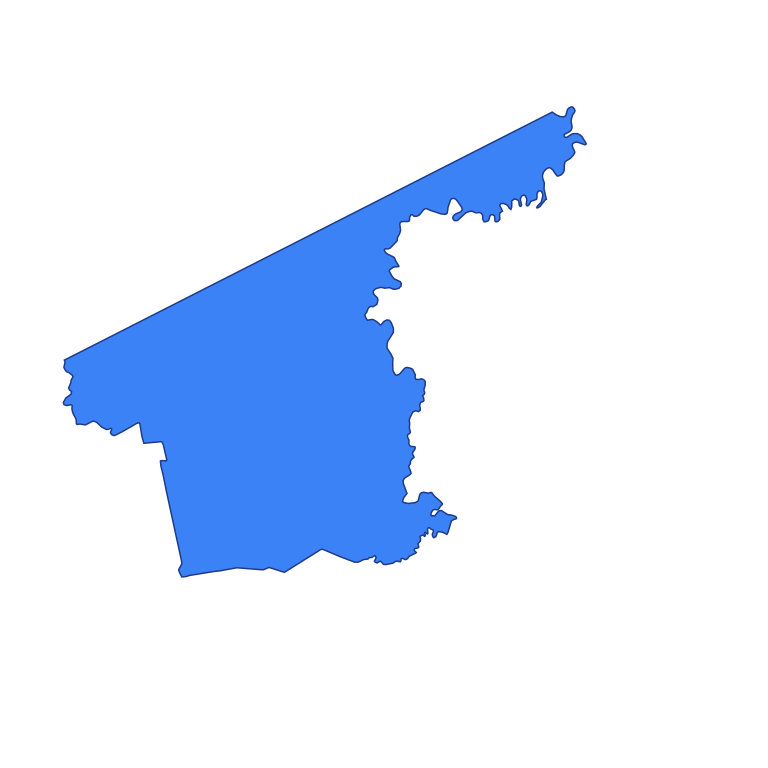 Ixcán, Quiché, Guatemala, rotated 333°
{"feature_id": "79465075B29604867633206", "entity_name": "Ixcán", "entity_type": "district", "adm_level": 2, "iso_a3": "GTM", "parent_name": "Guatemala", "parent_adm1": "Quiché", "projection": "mercator", "projection_center": [-90.715, 15.881], "detail": "fine", "context": "isolated", "style": "filled", "palette": "blue", "viewbox_px": 768, "rotation_deg": 333, "n_neighbors": 0, "source": "geoboundaries", "source_scale": "gbopen_adm2", "svg_char_len": 6155}
<svg xmlns="http://www.w3.org/2000/svg" viewBox="0 0 768 768"><g transform="rotate(333 384 384)"><path d="M122.3,452.4L116.8,456.2L116.3,458.1L116.2,464.1L120.2,465.7L123.8,466.3L147.2,473.8L153.0,476.0L169.4,480.9L190.6,493.9L192.4,494.8L198.2,495.2L209.8,506.6L252.3,502.8L253.4,503.0L254.5,503.6L266.6,518.0L277.0,529.5L280.5,531.1L286.4,531.2L290.2,532.7L292.3,532.0L294.7,533.2L296.3,532.7L298.1,532.9L298.3,534.7L297.4,535.8L295.4,537.1L295.0,537.7L295.2,538.7L296.6,540.3L300.2,540.1L300.7,540.9L301.6,544.4L303.6,545.7L310.7,547.7L314.2,547.3L315.3,547.7L317.7,549.8L318.7,549.4L319.7,547.7L320.5,547.5L321.5,547.9L323.0,549.9L324.1,550.4L325.8,550.2L328.4,548.9L335.4,549.1L336.3,548.8L335.5,546.6L335.8,545.0L336.8,544.6L339.8,545.5L341.0,545.1L341.8,541.6L345.1,540.5L346.4,538.4L346.6,536.6L347.1,536.1L350.1,536.1L350.5,536.4L350.7,537.8L351.1,538.2L351.7,538.1L352.3,537.4L352.3,535.3L353.0,534.7L353.8,535.4L354.5,537.3L355.2,537.2L356.8,533.2L358.1,532.2L359.2,532.6L359.7,534.2L361.5,536.5L361.2,537.7L358.7,539.9L358.2,542.1L358.6,543.6L360.7,543.6L362.4,542.3L364.1,540.4L365.7,540.3L369.0,542.8L371.8,546.5L373.7,545.2L381.8,536.7L384.9,536.3L386.7,536.9L387.6,536.7L387.9,535.7L387.7,534.6L385.1,531.8L381.4,529.2L377.6,522.7L376.0,522.1L374.8,522.1L369.4,524.5L366.6,523.0L366.4,522.1L367.0,520.9L368.3,519.7L370.5,518.5L372.4,518.8L374.3,520.3L374.9,520.4L376.7,519.9L378.7,518.5L381.3,517.7L381.7,517.1L381.0,514.2L378.0,506.7L377.2,502.4L376.0,501.7L374.1,501.5L370.1,498.4L367.8,497.9L366.4,498.3L365.3,499.1L362.0,503.0L360.7,503.9L357.7,503.8L351.3,501.4L347.6,498.4L347.3,496.8L350.1,494.2L354.8,492.0L356.1,481.3L357.1,478.8L359.6,477.2L365.7,476.6L367.4,476.0L368.0,474.6L368.6,468.5L371.5,466.9L372.1,465.4L373.1,464.4L374.5,463.6L377.0,463.2L377.6,462.8L377.7,459.0L379.2,457.5L380.9,456.9L382.6,455.4L383.1,454.4L382.8,453.8L379.7,451.8L378.9,450.7L379.0,448.5L380.8,445.4L380.9,442.1L381.4,440.6L382.5,439.8L384.4,439.8L385.7,438.8L386.7,434.5L388.8,431.1L390.1,427.6L392.1,425.6L397.2,422.0L400.1,422.2L402.2,424.2L404.1,424.0L405.1,422.6L406.0,419.4L407.5,417.7L408.6,417.1L411.0,417.3L412.0,416.9L413.0,414.4L413.1,411.9L415.2,411.4L416.2,410.6L416.9,407.3L420.2,403.7L421.8,400.8L421.8,399.1L420.3,396.8L419.3,396.2L417.0,395.8L414.4,394.1L414.8,391.9L416.1,390.1L416.2,383.9L415.0,382.2L412.4,379.9L410.9,379.3L409.1,379.5L403.6,381.8L401.7,382.3L399.4,382.0L398.4,381.3L398.0,378.2L398.2,375.6L401.5,368.8L403.6,365.3L403.8,360.6L403.0,353.5L404.8,350.0L406.7,347.7L415.8,342.3L417.7,338.6L418.3,332.6L417.8,329.8L416.7,328.9L415.4,328.2L412.4,328.2L408.4,329.9L407.5,329.7L405.8,325.1L403.7,321.8L402.8,321.1L398.1,319.6L397.9,315.8L398.4,313.5L401.3,312.1L404.3,309.4L405.9,308.8L407.7,308.9L409.3,310.2L413.8,309.8L416.6,306.6L417.1,305.2L417.1,303.9L415.8,299.9L416.0,297.4L416.9,296.2L418.9,295.5L421.0,295.5L425.0,296.4L428.3,299.0L432.8,300.7L435.2,303.7L437.1,304.7L440.7,305.5L443.6,304.5L445.0,302.4L445.0,300.4L440.8,294.9L440.0,291.2L440.0,285.7L440.8,284.9L444.9,284.2L446.8,284.5L450.4,286.1L450.8,285.6L450.3,279.6L450.6,277.4L450.4,275.5L446.2,270.0L444.9,267.2L445.1,264.7L446.3,264.1L448.9,265.5L451.2,265.7L460.4,262.5L461.0,262.1L462.3,259.8L466.2,257.1L468.5,254.7L470.6,248.8L471.7,247.6L473.5,247.3L478.7,249.9L480.6,250.3L482.7,246.9L484.8,245.5L486.1,245.9L486.9,248.3L489.8,249.5L492.6,249.4L498.3,246.7L500.7,246.6L501.6,247.2L504.2,250.4L511.7,258.0L515.0,260.3L516.8,260.8L517.9,260.4L521.5,255.4L527.0,250.1L528.2,249.7L530.0,250.0L531.7,251.6L532.4,254.2L533.4,261.9L532.9,264.3L530.6,265.4L524.8,265.0L522.2,265.7L521.1,266.6L520.5,268.0L520.6,269.6L521.0,270.4L522.8,271.4L524.3,271.5L534.8,268.6L538.2,269.0L540.8,269.9L543.6,273.3L546.9,274.5L548.2,276.0L548.4,278.8L546.8,281.8L546.8,284.9L547.8,285.5L550.9,285.9L551.9,285.4L554.8,282.3L556.0,281.9L556.9,282.1L558.1,283.0L558.8,284.2L556.9,289.1L557.1,290.0L558.3,290.7L560.0,290.7L562.0,289.8L564.2,284.9L565.4,284.1L568.1,283.7L568.2,277.6L568.5,277.0L569.6,276.5L570.9,276.6L572.2,277.2L574.5,279.7L575.2,281.5L575.5,284.3L576.3,286.1L578.2,284.2L581.0,278.8L583.5,278.4L585.1,278.9L586.9,281.1L586.9,282.6L585.7,286.3L586.0,287.6L586.7,287.8L587.9,286.9L589.1,282.1L590.0,280.4L591.9,279.1L593.2,279.0L594.7,279.4L595.3,280.2L595.3,283.4L594.4,285.6L592.2,288.5L592.1,289.8L592.5,290.4L593.2,290.5L594.5,290.2L597.8,287.9L603.7,288.7L604.9,287.5L606.4,284.3L608.5,282.5L610.0,282.3L611.2,283.2L611.8,284.2L611.5,287.3L610.3,289.3L606.5,293.4L601.6,295.1L600.3,296.0L600.2,296.5L600.8,296.8L603.2,296.8L612.1,292.8L612.5,293.1L615.2,282.7L618.1,277.8L618.8,272.9L619.7,270.3L622.4,267.6L625.3,266.3L627.1,266.0L628.5,266.0L630.0,266.6L631.5,269.5L632.1,274.4L632.7,277.0L633.1,277.6L634.2,277.9L637.2,278.0L639.8,277.0L641.3,275.7L644.5,270.2L646.0,268.4L647.9,267.9L652.5,267.6L656.4,266.1L658.9,264.6L659.4,263.5L659.6,258.7L660.1,256.8L661.1,255.5L663.2,255.3L665.2,255.8L666.9,257.0L671.3,261.8L672.3,262.2L673.0,262.0L673.3,261.5L672.7,253.5L672.0,251.4L670.0,248.7L666.9,247.1L664.7,246.6L658.7,247.2L657.4,246.4L657.1,244.9L657.5,243.9L658.1,243.5L663.9,243.4L665.9,242.8L667.0,241.9L668.3,240.3L669.9,235.2L671.2,233.0L674.2,229.9L677.2,228.3L678.2,227.3L678.5,225.5L678.1,223.4L677.4,222.5L676.5,222.1L674.4,222.0L673.1,222.3L671.8,223.0L668.0,227.2L666.9,227.6L665.0,227.4L662.4,225.7L659.6,222.3L657.3,218.1L110.0,217.6L109.9,219.5L106.3,223.9L106.3,227.2L106.9,229.2L108.1,230.3L110.1,234.3L110.3,236.2L106.8,238.7L105.7,240.5L101.1,244.5L101.1,246.7L102.2,248.7L101.1,250.4L100.2,251.1L94.3,252.0L89.8,255.0L89.5,257.0L91.2,259.0L95.6,260.4L96.3,260.9L96.3,261.9L94.8,264.2L93.9,266.9L94.0,267.8L93.6,268.5L93.7,275.5L91.8,279.9L92.3,280.8L94.8,281.6L99.4,284.9L107.5,284.9L108.9,285.7L110.5,287.5L112.9,294.1L115.9,298.4L117.4,299.1L120.5,299.5L121.0,299.9L120.5,301.1L118.3,302.9L118.1,304.1L118.5,305.7L119.5,306.9L120.7,307.6L129.2,307.7L145.9,306.8L148.2,307.4L148.5,308.3L144.5,320.9L143.1,327.8L159.0,334.1L159.9,335.0L159.7,338.2L156.0,353.0L155.2,353.6L150.7,351.1L149.8,351.1L147.9,356.1L145.9,364.8L141.6,380.1L123.2,450.0L122.3,452.4Z" fill="#3b82f6" stroke="#1e3a8a" stroke-width="1.5"/></g></svg>